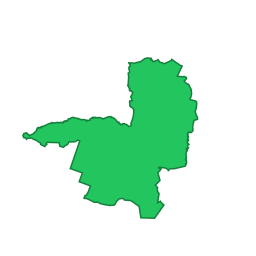 Prodes pag., Ilukstes, Latvia, rotated 309°
{"feature_id": "27541924B41146663771526", "entity_name": "Prodes pag.", "entity_type": "district", "adm_level": 2, "iso_a3": "LVA", "parent_name": "Latvia", "parent_adm1": "Ilukstes", "projection": "mercator", "projection_center": [25.919, 56.06], "detail": "fine", "context": "isolated", "style": "filled", "palette": "green", "viewbox_px": 256, "rotation_deg": 309, "n_neighbors": 0, "source": "geoboundaries", "source_scale": "gbopen_adm2", "svg_char_len": 5649}
<svg xmlns="http://www.w3.org/2000/svg" viewBox="0 0 256 256"><g transform="rotate(309 128 128)"><path d="M179.2,87.6L178.7,88.3L178.7,89.4L177.9,90.7L176.0,90.4L174.7,91.3L172.5,94.1L171.7,94.1L170.8,93.6L168.2,96.3L162.5,100.3L162.0,101.2L161.7,101.3L161.5,101.0L161.0,100.8L160.6,101.8L160.4,102.3L159.7,103.9L159.8,104.2L159.5,104.4L159.6,104.7L159.0,105.0L158.6,105.0L158.2,105.4L158.1,106.1L158.6,106.4L158.8,106.8L158.5,107.2L158.7,108.1L158.6,108.5L158.8,108.5L158.8,108.9L158.7,109.2L156.1,110.3L154.2,110.2L152.1,113.8L151.8,114.0L151.4,114.0L150.4,112.5L150.0,112.3L149.0,113.0L148.4,113.9L147.5,114.6L147.3,115.0L146.4,115.4L146.0,117.0L146.5,118.6L146.1,120.9L145.4,121.0L143.3,123.0L139.5,125.2L134.3,127.2L133.3,127.4L132.9,127.7L132.7,128.6L132.0,129.0L130.6,128.6L129.6,127.4L129.8,126.8L129.7,125.7L129.9,125.0L129.1,123.0L129.2,122.6L129.0,122.2L128.0,121.1L126.7,121.2L126.1,120.8L126.1,120.4L126.4,119.6L126.3,119.3L126.2,119.1L126.2,118.9L125.9,118.7L125.8,118.4L126.1,117.7L126.8,117.4L126.5,116.8L126.0,116.6L125.8,116.1L126.2,115.5L126.8,112.8L126.7,110.0L125.9,109.0L125.9,108.7L126.2,108.4L126.1,108.2L125.8,107.6L126.0,107.4L124.6,106.0L124.2,105.8L124.3,105.7L123.9,105.5L123.4,105.1L121.5,103.9L120.6,103.9L119.8,102.8L119.2,102.8L118.9,100.6L118.5,99.7L118.0,98.9L117.3,98.6L116.8,97.6L116.1,97.1L115.9,96.5L115.4,96.2L115.6,95.7L115.2,95.6L115.0,95.1L114.6,95.0L114.7,94.7L114.3,94.1L113.9,94.3L113.9,94.1L113.3,94.0L113.4,93.7L112.8,93.7L112.6,93.5L112.4,93.2L111.8,93.2L111.3,92.9L110.3,93.0L110.1,93.3L110.0,93.1L109.5,93.0L109.0,92.6L108.5,91.9L108.1,91.7L108.3,91.6L108.2,91.5L107.9,91.6L108.0,91.3L107.7,91.4L107.8,91.1L107.5,91.0L107.2,90.3L107.4,89.8L106.9,88.4L105.4,87.0L105.3,86.6L104.9,86.4L104.9,85.9L104.7,85.5L104.7,85.0L104.1,84.1L104.2,83.7L103.7,83.5L103.8,83.1L101.5,78.3L100.1,77.4L98.7,77.2L98.4,76.7L97.7,76.0L96.9,76.3L95.8,75.9L95.6,76.5L95.2,76.5L94.3,75.8L94.3,75.2L94.2,74.7L93.2,74.5L93.3,74.3L93.2,74.2L92.8,74.5L92.5,74.0L92.1,73.8L91.9,74.0L92.0,74.4L91.2,74.3L90.5,73.6L90.4,73.2L90.5,72.7L89.4,71.6L89.2,71.3L88.8,71.4L88.5,70.5L88.0,70.1L87.7,69.3L87.0,68.9L86.7,68.5L86.2,68.4L85.4,67.1L84.4,66.1L84.3,65.6L84.0,65.9L83.9,65.5L83.4,65.3L82.9,65.2L82.9,64.8L82.7,64.8L82.1,64.2L81.4,63.9L81.2,63.6L77.3,61.8L76.9,61.5L76.5,61.5L75.2,60.3L74.8,60.1L74.5,60.3L74.5,60.0L74.4,60.0L74.2,60.0L74.3,60.3L74.0,60.3L73.9,60.2L73.9,59.9L73.4,60.1L72.8,59.7L72.7,59.4L72.9,59.2L72.7,59.0L72.1,58.3L71.7,58.4L71.8,58.0L71.5,58.0L71.4,57.8L70.8,57.6L69.3,57.9L69.1,58.3L68.6,58.3L68.0,58.6L66.9,58.3L63.8,58.0L61.9,57.0L60.3,56.4L59.9,56.1L59.9,55.7L60.3,55.3L60.0,54.7L60.2,54.1L60.4,52.5L60.2,52.0L59.5,51.5L59.2,51.5L58.9,51.1L58.5,51.1L58.3,50.7L57.9,50.6L56.2,51.0L55.8,51.3L54.9,53.1L55.8,54.8L55.4,56.2L56.4,56.2L59.5,59.2L59.6,60.8L60.7,64.8L60.9,67.0L60.8,68.1L61.2,69.0L61.2,70.0L60.2,70.5L60.8,73.1L61.2,75.0L64.3,75.1L64.4,74.4L65.9,74.1L73.3,83.8L70.9,86.4L72.4,90.0L75.3,90.4L77.0,91.4L80.4,90.9L81.3,92.6L83.4,94.9L84.3,95.6L87.0,96.7L87.4,97.6L87.5,98.7L60.1,108.7L64.4,120.8L55.5,123.9L59.4,135.3L51.8,137.8L51.7,137.5L50.9,137.9L49.3,137.9L48.7,137.1L45.8,137.9L45.9,138.6L46.8,139.6L47.2,140.4L48.8,147.0L48.9,148.3L49.4,149.0L51.4,151.2L51.6,152.4L51.5,153.0L51.7,153.9L52.7,155.6L52.8,156.2L54.1,158.8L55.8,161.5L56.4,162.9L57.9,164.0L59.0,165.6L59.7,165.8L60.6,166.0L63.9,165.3L67.4,165.7L70.1,168.5L70.1,169.6L69.7,170.4L73.4,176.0L74.1,186.0L66.3,194.5L74.6,205.4L90.7,204.4L91.0,200.4L91.5,199.2L88.6,198.0L96.6,193.4L97.5,190.5L99.6,188.8L100.3,188.5L100.8,185.2L107.3,185.9L110.6,181.4L111.9,179.3L115.6,179.7L117.0,179.3L116.2,178.0L116.2,177.3L116.5,176.7L117.6,177.4L117.8,177.8L117.8,178.7L118.6,179.2L118.9,179.9L119.8,180.9L120.0,181.5L120.3,182.0L120.9,184.7L120.6,185.6L120.3,186.1L123.0,186.4L123.9,187.8L125.5,189.6L134.0,196.2L134.4,196.5L135.4,196.3L135.9,195.9L136.4,195.3L136.7,195.5L136.7,195.8L137.1,195.8L138.1,195.2L138.9,194.4L139.0,194.4L139.2,194.1L139.2,193.9L139.5,193.7L139.5,193.1L139.9,193.3L140.4,192.3L140.6,192.6L140.9,192.5L142.6,191.4L143.8,189.6L144.8,189.3L145.4,188.6L145.8,188.4L147.5,188.4L147.5,188.0L147.6,187.9L148.3,187.7L148.0,187.3L148.6,187.0L148.1,186.9L148.6,186.3L148.8,186.4L148.9,186.8L149.5,186.7L149.6,186.9L149.4,187.5L149.9,187.6L150.3,187.5L150.0,187.3L150.0,187.1L150.5,186.8L150.5,186.6L150.9,186.4L151.3,185.7L152.4,185.4L153.4,185.6L153.3,185.3L153.8,184.8L153.8,184.3L153.6,184.2L153.6,183.6L154.9,182.9L154.9,182.7L155.0,182.6L155.2,182.8L155.7,182.7L155.6,182.3L155.8,182.0L156.3,182.8L156.5,182.8L156.8,182.3L156.7,181.7L157.2,181.6L157.5,180.9L158.3,181.0L158.3,180.7L158.6,180.7L158.9,180.3L158.8,179.9L159.0,179.9L159.2,180.1L159.6,179.9L159.4,179.5L159.8,179.2L160.0,178.7L160.6,178.7L160.7,178.3L161.6,178.1L161.6,177.6L163.6,177.9L163.7,178.1L163.3,178.7L163.8,179.2L164.1,179.9L166.1,180.3L166.7,180.1L168.0,179.2L169.2,177.8L170.2,177.2L172.1,176.0L173.1,175.8L175.4,174.5L178.4,176.5L179.5,175.9L180.6,174.0L180.6,173.5L183.1,169.8L186.2,168.7L188.7,167.0L190.1,166.2L191.3,164.9L191.6,163.7L189.3,158.8L189.6,157.7L190.1,157.4L191.0,157.7L194.5,156.0L197.8,152.8L198.1,151.9L199.9,148.0L199.9,146.8L199.3,145.5L199.8,142.2L203.2,142.4L204.0,141.5L203.3,139.1L202.8,139.2L199.2,133.7L210.2,131.1L210.2,130.7L209.4,128.5L209.4,126.2L209.1,124.3L208.9,118.8L207.7,119.1L201.1,116.0L199.2,111.2L199.8,109.2L200.0,108.3L198.4,107.7L197.0,106.8L196.1,106.6L195.3,105.7L196.2,104.4L195.1,103.3L195.4,102.9L196.8,102.3L196.2,101.3L194.9,99.8L194.9,99.2L192.4,97.3L187.1,96.0L186.4,94.9L185.7,94.9L184.7,93.7L182.1,92.1L181.6,90.9L179.2,87.6Z" fill="#22c55e" stroke="#15803d" stroke-width="1.5"/></g></svg>